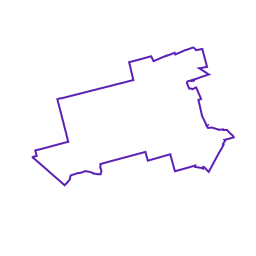 Marzanesti, Teleorman, Romania, rotated 165°
{"feature_id": "2599482B49744648639079", "entity_name": "Marzanesti", "entity_type": "district", "adm_level": 2, "iso_a3": "ROU", "parent_name": "Romania", "parent_adm1": "Teleorman", "projection": "mercator", "projection_center": [25.534, 43.939], "detail": "fine", "context": "isolated", "style": "outline", "palette": "violet", "viewbox_px": 256, "rotation_deg": 165, "n_neighbors": 0, "source": "geoboundaries", "source_scale": "gbopen_adm2", "svg_char_len": 5210}
<svg xmlns="http://www.w3.org/2000/svg" viewBox="0 0 256 256"><g transform="rotate(165 128 128)"><path d="M227.6,124.6L227.5,124.4L227.6,124.2L227.3,123.6L227.1,123.4L227.0,123.2L226.8,123.0L226.6,122.8L226.3,122.4L225.7,121.3L225.2,120.7L224.6,119.8L224.2,119.1L224.0,118.9L223.9,118.7L223.6,118.2L223.2,117.7L222.6,116.9L222.3,116.4L221.9,115.8L221.3,114.9L220.7,114.1L220.3,113.5L219.8,112.7L219.2,111.8L219.0,111.5L218.3,110.5L217.8,109.8L217.3,109.0L216.9,108.4L216.5,107.7L216.1,107.2L215.9,106.9L215.5,106.2L215.1,105.6L214.1,104.1L213.7,103.5L213.2,102.7L212.2,101.3L211.9,100.8L211.4,100.1L210.5,98.8L204.0,89.1L199.7,91.7L197.4,93.6L196.4,95.7L196.3,96.2L196.0,96.6L195.9,96.7L195.8,96.8L195.5,96.9L195.1,97.1L194.7,97.1L194.1,97.2L193.5,97.2L193.0,97.1L192.5,97.1L191.9,97.1L191.4,97.2L190.9,97.2L190.2,97.3L189.9,97.3L189.3,97.4L188.8,97.4L188.3,97.4L188.1,97.4L187.6,97.3L187.4,97.3L187.0,97.2L186.8,97.1L186.7,97.1L186.2,97.1L185.6,97.0L185.3,97.0L185.0,97.0L184.7,97.0L184.3,97.0L183.7,97.1L183.3,97.1L183.0,97.1L182.8,97.1L182.5,97.1L182.2,97.2L181.7,97.4L181.4,97.4L181.2,97.4L180.9,97.4L180.5,97.4L180.4,97.4L180.1,97.1L179.8,97.0L179.3,96.8L179.0,96.7L178.6,96.6L178.2,96.4L177.9,96.2L177.6,96.1L177.4,96.0L177.1,95.9L176.9,95.8L176.5,95.6L176.1,95.3L175.8,95.1L175.5,95.0L175.2,94.8L175.0,94.7L174.9,94.6L174.6,94.4L174.3,94.1L174.0,93.8L173.7,93.6L173.5,93.4L173.4,93.4L173.3,93.2L173.2,93.1L173.1,92.9L172.9,92.9L172.7,92.8L172.2,92.6L171.9,92.4L171.7,92.3L171.4,92.2L171.2,92.1L170.9,92.0L170.8,91.9L170.7,91.9L170.4,91.8L170.3,91.7L170.2,91.7L169.9,91.6L169.7,91.5L169.5,91.4L169.4,91.4L169.0,91.3L169.0,91.2L168.9,91.2L168.7,91.1L168.4,91.0L168.2,90.9L167.8,90.7L167.7,90.7L166.4,90.4L166.2,91.1L164.9,93.1L164.7,94.4L165.1,97.1L164.4,98.2L164.0,100.3L154.8,100.4L117.4,100.4L117.3,91.3L94.0,91.7L93.9,75.6L93.8,74.1L79.0,74.2L74.2,74.3L72.7,74.4L73.3,73.1L67.9,70.6L67.1,70.3L66.1,69.3L65.3,71.0L64.8,70.6L63.9,69.4L63.2,67.9L61.4,64.7L51.9,74.8L45.4,81.6L43.4,83.4L40.0,87.1L40.5,87.8L37.1,91.0L37.6,91.6L34.7,91.5L28.3,91.6L28.5,92.7L29.2,94.3L30.8,96.4L32.8,100.4L34.4,100.9L36.4,101.4L36.4,102.0L37.6,102.1L38.7,102.4L40.0,102.6L40.8,102.8L40.8,103.1L41.3,103.3L41.6,103.4L43.4,104.6L43.7,104.8L44.2,105.1L44.9,105.5L45.8,106.0L46.8,106.7L47.0,106.8L47.4,106.8L49.1,107.1L49.7,107.2L50.2,107.3L50.6,107.3L50.8,107.4L50.9,107.5L51.0,107.6L51.2,108.6L51.4,109.4L51.2,109.5L50.7,109.8L50.5,110.0L50.8,110.0L51.2,109.9L51.4,109.9L51.5,109.9L51.5,110.0L51.6,110.4L51.8,111.8L51.9,113.1L52.5,116.1L52.8,117.6L53.0,118.4L53.2,120.0L53.4,120.6L53.2,123.3L53.0,128.6L52.9,131.5L52.8,134.2L52.8,136.8L49.9,137.1L50.1,138.7L50.4,141.0L50.7,142.8L51.0,144.8L51.1,145.9L51.5,147.9L51.5,148.3L51.5,148.5L51.7,149.6L52.2,149.6L54.4,149.0L55.0,148.8L55.5,148.8L55.8,148.8L56.0,149.0L56.1,149.3L57.5,150.0L58.4,150.1L58.6,150.2L58.7,150.3L58.8,150.6L59.0,152.9L59.4,155.8L59.4,156.2L59.2,156.7L59.1,157.1L58.9,157.3L58.7,157.4L57.8,157.6L57.7,157.7L56.6,157.7L55.7,157.7L55.1,157.1L54.8,157.0L53.9,156.9L53.9,157.3L53.5,157.3L53.5,157.8L52.9,157.8L52.9,157.7L52.6,157.6L52.6,157.2L52.5,156.9L52.4,156.7L52.1,156.7L52.0,156.8L51.7,157.0L51.5,157.3L51.4,157.5L51.2,157.8L50.8,157.8L48.6,157.9L45.5,158.2L43.1,158.4L42.1,158.5L41.6,158.4L38.8,158.6L36.8,158.8L36.1,158.8L37.6,160.4L39.0,162.1L40.4,163.6L43.6,167.1L43.8,167.3L41.4,167.0L38.4,166.8L35.8,166.6L35.8,171.2L35.8,185.1L36.4,185.2L38.5,185.3L41.1,185.5L42.2,185.6L42.3,186.0L42.6,186.7L43.0,187.5L43.8,188.6L44.3,188.9L47.0,188.7L51.0,188.4L53.1,188.4L54.7,188.0L57.0,187.7L58.6,187.5L59.4,187.4L63.3,186.8L63.5,188.6L66.1,188.3L69.9,187.9L72.1,187.7L72.0,187.9L72.0,188.0L78.4,187.1L86.0,185.9L87.1,191.3L90.4,191.3L95.7,191.2L100.6,191.2L109.9,191.3L110.0,186.6L110.2,181.0L110.3,177.1L110.4,172.9L114.7,173.0L117.1,173.0L120.3,173.0L129.0,173.2L132.3,173.2L135.5,173.2L139.8,173.3L144.8,173.4L147.7,173.4L152.4,173.5L155.6,173.5L159.2,173.6L163.7,173.6L164.8,173.6L165.8,173.6L169.3,173.7L172.7,173.7L175.0,173.8L176.5,173.8L179.7,173.8L183.1,173.9L184.2,173.9L184.3,174.0L184.8,174.1L185.7,174.1L187.0,174.2L188.0,174.1L188.8,174.1L188.8,173.7L188.8,173.2L188.8,171.9L188.8,170.5L188.8,169.4L188.8,168.1L188.9,166.7L188.9,165.8L188.9,164.8L188.9,163.2L188.9,162.9L188.9,160.8L188.9,159.7L188.9,158.4L188.9,156.6L189.0,154.7L189.0,153.6L189.0,153.1L189.0,152.4L189.0,151.3L189.0,150.5L189.0,149.4L189.0,148.7L189.0,147.7L189.1,146.9L189.1,146.1L189.1,144.1L189.1,143.3L189.1,142.3L189.1,141.1L189.1,140.4L189.1,138.8L189.2,137.5L189.2,136.8L189.2,135.8L189.2,134.0L189.3,133.3L189.3,133.1L189.4,132.9L189.3,130.7L189.3,130.1L191.4,130.2L192.8,130.2L194.7,130.2L196.1,130.2L196.7,130.2L196.9,130.2L197.9,130.2L199.0,130.2L199.8,130.2L200.7,130.2L201.8,130.2L204.5,130.2L205.5,130.3L206.6,130.2L208.9,130.2L209.6,130.2L210.6,130.2L211.2,130.2L212.2,130.2L213.1,130.2L213.7,130.2L214.5,130.2L214.9,130.2L215.9,130.2L217.4,130.2L217.9,130.2L218.4,130.2L218.8,130.2L219.3,130.3L219.8,130.2L220.2,130.3L221.1,130.3L221.8,130.3L222.7,130.3L223.2,130.3L223.4,130.3L223.4,128.8L223.4,127.0L223.4,126.2L223.4,125.0L223.4,124.7L224.0,124.7L226.1,124.7L226.9,124.7L227.5,124.7L227.6,124.6Z" fill="none" stroke="#5b21b6" stroke-width="2"/></g></svg>